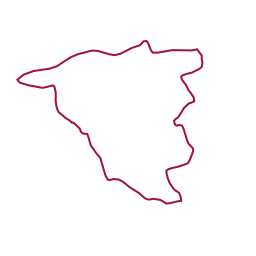 SVG path tracing the border of Gevgelija, rotated 163°
{"feature_id": "MKD-2998", "entity_name": "Gevgelija", "entity_type": "Statistical Region", "adm_level": 1, "iso_a3": "MKD", "parent_name": "North Macedonia", "parent_adm1": "", "projection": "mercator", "projection_center": [22.379, 41.246], "detail": "fine", "context": "isolated", "style": "outline", "palette": "rose", "viewbox_px": 256, "rotation_deg": 163, "n_neighbors": 0, "source": "natural_earth", "source_scale": "10m", "svg_char_len": 1580}
<svg xmlns="http://www.w3.org/2000/svg" viewBox="0 0 256 256"><g transform="rotate(163 128 128)"><path d="M219.7,206.5L212.3,209.5L201.6,210.1L185.8,207.7L178.1,207.8L168.7,210.6L162.0,212.4L154.2,213.2L139.8,212.6L134.3,210.5L124.0,203.8L119.6,201.6L113.6,201.2L101.3,203.4L92.1,203.7L88.1,206.3L85.0,205.9L84.0,203.7L83.3,195.2L82.1,192.7L77.6,191.4L62.8,189.5L44.5,183.6L38.9,183.0L38.9,182.9L36.3,175.6L37.2,172.9L37.8,168.6L39.5,165.0L42.3,163.7L50.5,162.3L57.5,162.6L60.8,162.3L62.2,161.5L62.2,158.3L61.2,155.3L60.0,152.3L59.1,146.5L57.7,143.0L56.3,138.4L56.7,134.3L58.3,134.0L60.2,133.7L62.6,133.7L68.3,131.0L72.2,127.5L77.2,123.4L79.2,122.9L81.9,121.5L82.1,117.7L80.8,116.0L78.4,116.0L75.7,114.7L75.1,110.9L75.1,107.3L75.1,99.2L74.7,95.3L73.6,93.2L72.0,89.9L72.0,89.4L72.2,87.2L75.1,83.3L78.6,79.0L81.0,76.8L85.1,76.5L90.9,76.3L97.2,76.8L101.3,76.8L103.8,76.0L104.4,73.3L104.6,67.8L104.2,62.9L102.1,56.3L100.7,54.2L98.2,51.2L97.8,47.9L98.0,44.3L98.5,42.8L98.8,43.1L105.3,43.6L109.6,43.8L113.3,44.5L118.0,49.7L124.2,52.8L129.3,53.5L132.5,56.0L136.4,62.4L144.1,71.3L148.5,78.1L151.9,81.4L157.0,83.5L160.6,83.5L162.3,84.5L163.4,88.9L163.4,94.8L163.2,107.5L165.7,113.1L168.7,122.5L168.5,129.1L168.7,134.3L172.5,135.7L174.2,138.2L174.2,141.3L176.4,145.3L178.8,149.3L180.0,149.3L181.8,152.5L184.8,155.8L187.1,159.6L189.6,163.3L190.1,166.5L190.1,169.8L189.3,175.0L187.7,179.8L186.7,183.2L186.5,186.5L186.2,189.4L187.4,190.7L189.7,190.9L193.2,190.9L198.4,191.5L203.0,194.0L210.8,198.0L218.2,203.0L219.6,206.3L219.7,206.5Z" fill="none" stroke="#9f1239" stroke-width="2"/></g></svg>